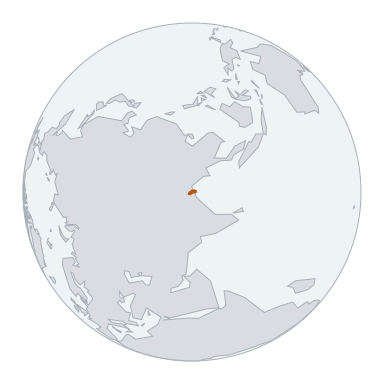 the Earth from above Khulna, rotated 262°
{"feature_id": "BGD-2432", "entity_name": "Khulna", "entity_type": "Division", "adm_level": 1, "iso_a3": "BGD", "parent_name": "Bangladesh", "parent_adm1": "", "projection": "orthographic", "projection_center": [89.364, 22.917], "detail": "fine", "context": "on_globe", "style": "filled", "palette": "amber", "viewbox_px": 384, "rotation_deg": 262, "n_neighbors": 0, "source": "natural_earth", "source_scale": "10m", "svg_char_len": 12130}
<svg xmlns="http://www.w3.org/2000/svg" viewBox="0 0 384 384"><g transform="rotate(262 192 192)"><circle cx="192" cy="192" r="169" fill="#eef3f6" stroke="#a8b0b8"/><path d="M254.8,35.2L260.5,38.4L267.8,42.1L262.3,39.7L279.5,49.1L286.6,55.0L275.5,46.9L271.9,45.1L275.2,48.1L272.3,47.0L272.2,48.0L268.5,46.6L262.2,42.5L259.7,41.7L262.2,43.9L260.0,44.3L256.7,41.0L252.5,41.5L241.3,36.0L235.7,30.3L226.4,27.9L212.3,24.3L210.5,24.2L204.1,23.5L199.6,23.3L198.2,23.2L195.8,23.2L197.9,23.4L197.5,23.6L195.0,23.6L192.9,23.3L193.8,23.2L191.9,23.2L190.5,23.2L188.2,23.1L186.8,23.3L181.9,23.4L181.4,23.4L183.4,23.3L195.5,23.1L207.7,23.8L219.7,25.3L231.7,27.8L243.4,31.0L254.8,35.2ZM273.7,45.3L271.6,43.8L274.6,45.7L273.7,45.3ZM272.9,48.4L274.4,49.3L273.7,49.5L272.9,48.4ZM267.3,47.6L265.7,47.9L266.3,46.9L267.3,47.6ZM264.1,47.6L260.4,48.8L263.5,50.7L252.6,46.5L259.4,46.6L259.6,44.9L261.5,46.6L264.1,47.6ZM199.6,23.5L197.3,23.2L201.5,23.5L199.6,23.5ZM202.4,23.6L215.8,25.0L218.0,25.7L213.1,24.9L217.7,26.1L212.2,25.7L208.4,25.0L208.0,24.5L206.2,24.8L202.4,23.6ZM247.3,44.2L245.4,44.1L246.2,43.5L247.3,44.2ZM197.6,23.7L200.2,23.8L202.2,24.3L197.5,24.3L198.4,24.1L197.6,23.7ZM221.7,26.8L222.4,27.4L218.1,27.2L217.8,27.5L212.2,25.8L221.7,26.8ZM196.7,24.0L195.1,24.4L191.9,24.2L195.3,23.7L196.7,24.0ZM204.7,24.5L205.5,24.8L203.6,24.6L204.7,24.5ZM179.6,24.5L182.6,24.2L183.9,24.4L179.6,24.5ZM194.8,24.5L195.9,24.6L196.7,24.7L195.1,25.0L194.8,24.5ZM209.6,25.9L207.6,25.9L211.6,26.6L208.6,26.7L205.4,25.7L205.5,26.2L204.5,26.3L203.0,25.4L209.6,25.9ZM196.0,25.7L190.9,24.9L185.1,25.2L183.8,24.9L193.4,24.6L196.0,25.7ZM200.3,25.6L197.3,25.6L197.1,25.1L199.0,24.8L200.3,25.6ZM207.6,27.3L213.1,27.3L213.6,27.6L207.6,27.3ZM194.3,25.8L195.6,26.1L193.9,25.9L194.3,25.8ZM203.6,26.9L205.4,26.8L206.0,27.1L203.6,26.9ZM196.5,26.7L194.9,26.4L196.1,26.1L196.5,26.7ZM199.8,26.8L200.0,27.3L197.6,26.2L200.5,26.7L199.8,26.8ZM203.7,27.1L204.7,27.3L202.9,27.2L203.7,27.1ZM192.8,28.2L189.4,26.9L192.1,26.2L195.1,27.5L192.8,28.2ZM45.3,108.2L55.5,96.1L53.9,100.9L59.8,106.8L59.7,109.3L54.1,115.9L54.6,132.7L60.5,128.5L65.8,140.0L72.5,143.8L83.5,130.7L72.6,124.1L75.6,116.0L88.1,115.3L98.3,121.9L99.8,119.0L97.4,109.6L103.9,106.3L97.0,106.0L96.7,109.7L92.5,109.8L92.5,106.6L94.8,105.4L92.9,102.5L82.5,109.7L81.0,114.2L73.5,111.3L70.4,118.7L66.9,120.4L70.9,108.7L73.6,105.4L77.5,91.5L73.9,94.5L70.0,108.1L69.4,106.1L64.5,111.2L67.7,105.8L72.9,91.0L68.8,88.8L56.5,97.7L55.7,96.2L58.2,91.1L69.9,78.5L70.5,83.2L74.7,79.6L80.7,72.1L80.4,74.4L82.9,72.2L83.7,74.0L91.0,71.2L92.7,72.8L101.4,67.0L103.5,67.2L97.8,70.5L94.7,73.8L99.8,78.7L102.5,78.2L107.8,74.3L108.5,76.4L112.9,72.0L118.7,73.5L115.4,68.3L121.4,64.3L128.1,63.0L129.5,60.9L118.6,63.2L114.8,65.1L112.5,68.0L101.7,73.3L98.6,72.7L107.7,64.3L104.5,62.9L113.0,57.7L137.2,53.6L144.3,54.9L143.6,65.0L138.6,66.7L136.3,63.7L133.0,70.0L135.9,67.7L136.5,69.8L142.5,67.1L143.2,68.5L147.7,63.9L149.2,65.3L146.3,68.2L156.5,66.1L161.3,68.6L163.2,67.6L163.9,65.8L169.6,70.6L170.7,69.6L169.4,67.6L170.8,64.6L175.6,61.2L177.3,63.1L175.8,64.5L175.2,70.6L170.9,74.6L172.1,75.1L176.2,72.1L176.9,64.6L179.3,62.1L179.7,65.4L179.8,64.0L181.5,63.4L184.8,64.6L184.7,61.0L201.3,53.5L209.3,55.7L207.8,59.1L221.2,57.5L229.1,61.2L227.8,59.2L233.4,57.7L231.0,56.5L230.8,55.5L243.9,52.5L248.3,53.6L252.5,51.1L251.8,50.2L248.8,49.1L252.6,46.5L263.5,50.7L264.4,52.4L270.5,54.3L271.8,58.1L275.7,62.6L273.6,66.4L276.9,70.0L278.9,70.4L284.9,76.0L290.2,86.9L276.9,76.2L267.3,61.7L270.4,67.2L267.1,65.6L266.6,67.4L269.0,71.6L271.0,72.3L261.3,79.0L261.9,91.4L268.3,90.3L273.5,93.8L279.9,109.4L272.3,132.2L279.2,139.1L280.4,144.0L276.1,147.4L274.3,140.3L268.9,138.2L268.5,134.0L261.1,137.8L260.1,132.0L254.8,138.4L258.1,142.8L265.0,141.2L260.8,149.8L269.3,157.4L271.6,167.4L261.6,186.0L249.5,192.2L249.0,195.5L243.5,192.2L237.2,198.8L248.1,216.0L248.1,221.1L237.5,231.3L237.1,227.6L222.6,218.8L220.6,231.0L231.5,240.7L235.3,252.1L227.2,248.8L223.2,238.7L218.1,235.3L219.0,224.7L213.9,209.0L205.7,212.0L205.9,205.6L197.6,192.4L185.4,196.1L166.5,211.9L164.5,227.9L157.7,234.2L147.7,210.0L146.7,194.0L140.9,194.7L132.4,179.9L111.4,174.7L110.4,170.2L106.0,171.1L100.4,165.2L99.6,157.9L95.2,157.0L97.9,176.3L102.8,177.4L109.6,172.2L109.2,178.7L114.9,185.9L101.5,197.9L73.6,202.6L74.2,190.3L70.3,152.3L72.2,149.1L72.4,148.7L72.5,147.9L68.7,152.8L69.2,145.7L67.7,170.8L66.0,180.8L73.2,203.2L71.7,204.6L75.0,209.7L89.7,210.1L89.0,214.0L80.1,229.6L62.7,246.7L66.9,263.6L69.0,276.4L62.4,280.6L67.4,291.0L64.7,292.0L67.4,297.4L67.6,301.2L66.5,303.2L59.8,297.1L55.9,291.8L47.3,278.9L33.8,250.1L31.9,240.3L29.8,230.8L25.4,205.8L26.1,195.6L25.8,189.5L24.6,187.9L24.7,180.7L24.3,178.8L23.9,175.1L25.9,161.1L29.1,147.3L33.4,133.8L38.8,120.8L45.3,108.2ZM45.5,108.9L43.8,111.6L45.5,108.9ZM105.6,136.9L114.0,140.6L116.1,130.2L119.5,130.9L119.0,127.3L116.2,129.4L115.8,119.9L121.6,118.8L123.6,114.7L120.8,113.3L110.5,117.1L110.9,130.5L106.5,133.4L105.6,136.9ZM96.1,59.8L94.4,61.9L91.1,63.8L88.9,63.1L93.6,60.2L96.1,59.8ZM92.7,64.6L102.4,57.1L104.1,57.7L101.5,58.6L101.7,59.7L97.5,61.4L89.8,69.8L86.4,72.1L84.2,68.7L86.8,68.3L88.3,66.1L92.7,64.6ZM123.9,41.4L128.1,39.3L126.5,43.0L122.7,44.6L120.3,43.6L123.3,41.3L123.9,41.4ZM174.8,24.0L176.5,23.8L177.1,23.7L176.1,23.9L174.8,24.0ZM171.9,24.2L171.9,24.3L173.2,24.2L180.4,23.7L190.1,23.3L191.6,23.7L190.1,24.1L188.0,24.3L187.7,23.9L185.2,24.4L183.1,24.0L180.9,24.4L167.9,25.1L169.2,24.8L160.0,26.2L159.9,26.1L165.8,25.1L163.1,25.5L171.9,24.2ZM171.9,34.8L172.4,33.2L166.9,36.2L164.8,34.9L164.3,35.4L160.8,35.2L155.8,35.8L155.5,35.1L153.7,35.7L151.3,35.8L148.7,36.5L147.3,35.6L144.0,36.4L145.2,35.5L139.8,37.3L143.2,35.7L140.5,35.9L138.6,37.4L137.6,33.2L134.5,33.5L130.1,34.8L136.5,32.4L144.8,29.9L152.9,28.1L154.9,28.5L157.4,27.6L159.2,27.6L156.4,28.3L161.6,27.3L162.3,27.6L169.6,27.4L176.7,26.3L179.5,26.4L177.1,27.0L181.6,26.7L178.9,28.1L180.8,28.3L180.2,30.0L174.3,31.4L177.0,31.6L176.6,33.2L171.9,34.8ZM192.4,28.7L185.9,30.1L181.6,30.3L184.6,27.2L183.2,26.9L184.9,25.4L191.2,25.3L190.1,25.7L190.5,26.1L188.4,25.9L190.4,26.3L189.0,27.0L190.2,27.5L187.7,27.8L192.4,28.7ZM62.6,107.7L63.1,109.0L64.5,110.1L61.5,113.5L62.6,107.7ZM65.9,97.6L66.8,97.9L63.1,102.8L62.6,101.7L65.9,97.6ZM70.3,94.2L67.1,97.6L68.5,95.1L70.3,94.2ZM98.9,70.7L100.2,71.1L99.1,72.1L97.0,73.2L98.9,70.7ZM155.3,45.1L156.2,43.7L157.4,43.6L162.2,41.2L164.2,42.2L162.0,44.0L155.3,45.1ZM79.9,132.1L76.1,133.7L75.9,131.7L77.2,131.5L79.9,132.1ZM67.0,123.2L68.5,127.0L66.1,124.1L67.0,123.2ZM158.2,45.7L160.0,44.5L159.9,45.8L158.2,45.7ZM165.9,42.8L166.2,44.1L165.0,42.0L165.9,42.8ZM153.0,349.5L156.3,350.9L153.6,350.6L153.0,349.5ZM89.7,282.3L89.0,301.8L83.1,299.7L79.1,292.7L77.4,280.2L83.3,278.8L85.4,273.6L89.7,282.3ZM274.3,274.3L278.7,274.2L278.5,275.0L274.3,274.3ZM269.7,272.5L274.9,272.0L268.7,274.1L269.7,272.5ZM276.9,271.8L282.1,269.7L284.4,268.2L283.9,269.7L276.9,271.8ZM266.2,273.0L246.3,274.7L238.2,273.4L240.3,270.7L253.2,270.4L266.2,273.0ZM239.6,270.6L227.2,263.9L209.4,242.3L215.8,242.6L234.2,255.4L233.1,257.7L240.6,263.2L239.6,270.6ZM269.2,254.5L268.0,261.5L257.1,262.0L252.1,261.4L248.6,252.9L250.6,248.2L254.7,248.0L270.1,231.0L275.6,234.2L271.1,241.2L275.5,246.7L269.2,254.5ZM165.3,229.4L169.4,239.2L165.7,240.4L165.3,229.4ZM275.9,219.3L270.0,226.9L275.2,217.1L275.9,219.3ZM278.6,210.2L279.3,213.7L276.5,210.6L278.6,210.2ZM249.3,200.4L244.9,201.5L244.6,199.0L250.0,196.1L249.3,200.4ZM273.2,175.9L274.1,183.3L273.6,185.9L271.2,181.6L273.2,175.9ZM177.5,55.4L168.5,57.4L163.4,60.2L162.6,63.6L159.9,60.0L167.8,55.7L177.5,55.4ZM198.2,53.4L198.9,50.9L201.1,51.8L201.3,52.4L198.2,53.4ZM196.8,52.1L192.9,49.6L194.9,48.1L197.6,50.3L196.8,52.1ZM175.2,46.8L172.5,47.2L172.6,46.1L175.2,46.8ZM294.3,325.4L297.4,321.8L301.4,319.5L297.1,323.6L294.3,325.4ZM288.3,315.0L258.3,328.7L252.5,328.5L255.7,324.8L253.6,314.5L255.7,314.5L256.4,306.9L275.1,297.2L289.0,281.6L297.5,280.7L305.0,269.3L313.2,267.8L309.7,276.3L316.8,278.9L324.9,259.6L326.1,276.4L329.1,280.5L326.2,290.6L308.9,312.2L302.0,317.9L302.1,316.9L298.8,319.5L295.8,320.3L297.0,315.6L293.7,318.2L298.2,313.2L292.7,318.1L292.5,315.1L288.3,315.0ZM345.0,261.8L345.4,261.7L344.9,263.6L344.4,264.2L345.0,261.8ZM350.9,247.9L350.8,248.7L350.5,249.4L350.9,247.9ZM350.8,247.8L351.5,245.6L351.0,247.5L350.8,247.8ZM350.1,240.8L350.7,239.5L350.7,240.1L350.1,240.8ZM285.2,273.3L291.6,267.1L294.8,266.0L285.2,273.3ZM349.8,239.3L348.8,240.0L349.0,238.8L349.8,239.3ZM350.2,236.8L350.3,235.5L350.5,238.3L350.2,236.8ZM348.4,235.2L349.6,236.8L348.3,235.6L348.4,235.2ZM347.6,236.2L346.6,235.7L346.7,235.2L347.6,236.2ZM333.7,245.2L337.7,251.6L333.9,253.2L329.8,249.7L325.6,256.1L316.7,258.1L319.1,254.4L318.1,250.0L308.3,250.7L306.3,248.0L310.0,245.0L303.2,244.1L310.7,240.9L313.5,246.7L317.7,240.6L324.3,239.9L330.5,239.9L334.9,242.9L333.7,245.2ZM310.3,255.1L311.5,254.8L310.3,257.0L310.3,255.1ZM344.7,233.5L346.1,235.6L345.9,236.5L345.1,236.5L344.7,233.5ZM336.0,241.3L341.0,233.9L342.1,233.5L338.7,241.0L336.0,241.3ZM340.0,231.0L342.1,230.7L343.1,233.2L342.6,234.2L340.0,231.0ZM295.0,252.5L294.7,254.4L292.6,253.3L295.0,252.5ZM297.7,251.0L303.6,251.7L297.1,252.6L297.7,251.0ZM278.6,247.9L280.4,251.9L286.4,248.2L281.8,252.8L285.7,259.2L284.2,262.0L280.5,255.1L278.8,263.1L276.1,263.3L274.9,256.9L277.7,248.3L280.3,244.5L291.0,241.4L278.6,247.9ZM297.7,245.8L296.1,241.1L297.3,237.5L299.0,239.8L297.7,245.8ZM290.9,229.8L286.2,224.7L282.2,227.5L290.0,218.0L293.3,224.5L290.9,229.8ZM286.4,217.5L282.7,220.1L286.4,214.7L286.4,217.5ZM281.6,218.3L280.9,214.2L284.0,214.3L281.6,218.3ZM288.4,217.4L288.6,210.3L290.5,214.1L288.4,217.4ZM278.8,205.2L285.9,211.0L277.1,209.3L275.4,195.9L279.0,195.1L278.8,205.2ZM290.1,148.0L288.5,144.3L291.3,143.0L291.7,145.8L290.1,148.0ZM299.2,136.4L291.6,141.5L285.2,146.1L287.8,147.4L287.6,154.1L282.9,148.7L286.3,140.8L291.4,138.6L290.9,133.1L293.8,128.9L291.1,122.6L291.9,119.5L295.9,124.7L299.2,136.4ZM289.7,120.0L286.0,108.9L292.1,109.5L294.2,112.0L293.4,116.7L290.2,116.1L289.7,120.0ZM286.9,106.5L283.8,105.9L271.9,91.3L270.9,88.4L283.2,99.2L280.9,99.3L282.8,103.0L286.9,106.5ZM246.7,45.0L245.6,44.2L247.5,44.8L246.7,45.0ZM229.3,54.9L229.4,53.6L231.6,54.1L229.3,54.9ZM230.7,50.5L228.2,50.8L230.2,49.7L230.7,50.5ZM222.6,51.7L226.8,50.5L223.7,52.8L222.6,51.7Z" fill="#d9dde1" stroke="#a8b0b8" stroke-width="1"/><path d="M191.2,194.3L191.2,194.2L191.1,193.9L191.0,193.7L191.0,193.4L190.9,193.1L190.9,192.9L190.8,192.7L190.8,192.4L190.9,192.2L190.7,192.1L190.6,191.9L190.6,191.7L190.8,191.3L190.9,191.2L190.6,191.1L190.4,191.1L190.2,191.0L190.2,190.9L190.3,190.7L190.4,190.4L190.2,190.3L190.1,190.2L189.9,190.0L189.8,189.9L189.8,189.6L189.8,189.4L189.9,189.2L190.0,189.2L190.3,189.0L190.2,188.9L190.3,188.7L190.2,188.7L190.2,188.4L190.3,188.2L190.3,188.3L190.5,188.4L190.5,188.5L190.6,188.4L190.8,188.4L191.0,188.3L191.1,188.5L191.2,188.8L191.3,188.9L191.4,189.0L191.5,189.0L191.8,189.0L192.0,189.2L191.8,189.6L192.0,189.8L192.3,190.0L192.4,190.3L192.5,190.3L192.7,190.7L192.7,190.8L192.8,190.9L192.7,191.0L192.9,191.1L192.9,191.3L193.0,191.2L193.1,191.3L192.9,191.4L192.9,191.5L193.0,191.5L193.2,191.8L193.3,191.9L193.3,192.0L193.5,192.1L193.6,192.3L193.5,192.5L193.4,192.6L193.5,192.6L193.5,192.8L193.6,193.0L193.7,193.3L193.6,193.5L193.4,193.5L193.3,193.9L193.3,194.0L193.4,194.3L193.4,194.5L193.2,194.5L193.3,194.6L193.3,194.8L193.4,195.0L193.2,195.2L192.9,195.2L192.8,194.9L192.7,195.1L192.8,195.2L192.8,195.3L192.7,195.4L192.7,195.5L192.5,195.4L192.4,195.3L192.5,195.2L192.5,194.8L192.6,194.6L192.6,194.4L192.6,194.2L192.7,193.9L192.7,193.7L192.7,193.8L192.6,194.0L192.6,194.3L192.6,194.5L192.4,194.7L192.5,194.5L192.5,194.4L192.3,194.1L192.4,193.9L192.3,194.0L192.3,194.4L192.4,194.5L192.4,194.8L192.4,195.0L192.3,195.3L192.2,195.5L192.0,195.4L192.0,195.2L192.0,194.9L191.9,194.8L192.0,194.9L192.0,195.0L191.9,195.1L191.8,195.3L191.8,195.2L191.8,195.3L191.8,195.5L191.7,195.7L191.6,195.8L191.6,195.7L191.5,195.3L191.5,195.2L191.5,195.3L191.4,195.3L191.3,195.2L191.2,195.0L191.2,194.9L191.3,194.8L191.3,194.7L191.2,194.6L191.2,194.4L191.2,194.3ZM191.3,195.3L191.4,195.5L191.1,195.3L191.2,195.2L191.1,194.9L191.2,195.0L191.3,195.3Z" fill="#f59e0b" stroke="#b45309" stroke-width="1.5"/></g></svg>